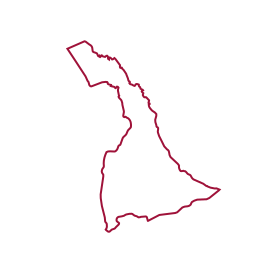 Extrême-Nord, Natural Earth projection, rotated 337°
{"feature_id": "CMR-1462", "entity_name": "Extrême-Nord", "entity_type": "Province", "adm_level": 1, "iso_a3": "CMR", "parent_name": "Cameroon", "parent_adm1": "", "projection": "natural_earth1", "projection_center": [14.611, 11.501], "detail": "fine", "context": "isolated", "style": "outline", "palette": "rose", "viewbox_px": 256, "rotation_deg": 337, "n_neighbors": 0, "source": "natural_earth", "source_scale": "10m", "svg_char_len": 4179}
<svg xmlns="http://www.w3.org/2000/svg" viewBox="0 0 256 256"><g transform="rotate(337 128 128)"><path d="M125.1,36.1L125.9,37.2L126.3,38.1L126.5,39.1L126.4,40.3L125.6,43.1L125.5,43.9L126.1,44.8L127.7,46.2L128.6,47.3L128.6,49.6L128.7,50.2L128.9,50.5L129.3,50.5L129.7,50.3L129.7,50.9L129.8,51.5L130.0,51.8L130.5,51.7L131.5,50.8L131.9,50.7L132.3,50.9L132.4,51.2L132.4,51.6L132.6,52.0L133.5,52.7L133.8,53.0L134.7,53.6L136.3,53.1L137.1,53.4L137.4,54.5L136.7,56.5L137.3,57.5L138.1,56.0L138.4,55.8L138.8,56.0L139.3,56.5L139.6,57.1L139.8,57.7L140.2,58.7L141.1,58.8L142.8,58.3L143.4,59.6L145.2,67.1L145.0,67.4L144.5,68.4L144.4,68.8L144.4,69.5L144.5,69.6L145.2,70.1L145.1,69.8L145.3,69.7L145.6,69.9L145.9,70.1L145.9,70.3L145.9,71.0L145.9,71.3L146.6,72.8L147.5,77.4L147.4,78.0L147.3,82.2L147.2,83.0L147.0,84.0L147.0,84.8L147.1,85.2L147.4,85.5L147.6,85.8L147.7,86.4L147.5,86.8L147.1,86.9L146.8,87.2L147.0,88.1L147.2,88.5L148.6,89.6L149.7,91.1L150.5,91.8L151.1,91.7L152.0,90.9L152.9,90.8L153.9,91.3L154.9,92.3L154.7,92.7L154.5,93.3L154.5,94.1L154.7,94.6L155.1,95.1L155.1,95.5L155.0,96.0L154.9,96.7L155.5,97.6L156.4,98.5L156.6,99.2L155.1,99.5L154.9,99.8L155.0,100.4L155.2,101.0L155.4,101.3L155.7,101.9L155.3,102.5L154.8,103.0L154.5,103.5L154.6,105.0L155.0,106.0L155.6,106.4L156.5,106.6L156.9,107.2L158.2,110.8L157.9,111.4L157.0,112.3L156.7,112.9L156.8,113.2L157.4,113.8L157.4,114.2L157.2,114.5L156.9,114.5L156.5,114.5L156.3,114.5L155.9,115.8L155.8,117.0L156.0,118.3L156.8,121.0L157.4,122.1L158.8,124.2L159.5,126.2L158.8,127.9L156.3,131.0L155.9,132.1L155.5,133.3L155.2,136.4L154.9,137.4L154.9,138.1L155.1,138.5L155.4,138.8L155.6,139.1L155.7,139.8L155.3,140.8L154.1,142.8L153.8,143.8L153.5,147.6L153.9,153.8L154.2,159.1L155.6,163.0L156.2,163.9L156.5,165.0L156.3,166.5L155.7,169.1L155.8,171.4L159.8,180.4L160.2,181.8L160.2,182.8L159.6,183.9L159.3,185.4L159.3,186.9L159.6,188.1L160.0,188.4L160.4,188.6L161.0,188.8L161.6,188.9L162.2,189.0L162.5,189.3L162.8,189.6L163.8,190.2L164.3,191.2L165.0,193.5L165.8,194.5L166.5,195.1L167.0,195.9L167.2,197.1L167.3,198.6L167.7,199.9L168.2,200.9L175.5,208.7L177.4,211.9L178.2,212.4L178.2,212.7L180.6,215.1L184.1,217.5L185.9,218.2L188.2,220.5L187.3,220.9L175.5,224.2L172.5,224.3L163.7,221.0L160.6,220.8L158.1,221.1L157.7,221.3L157.1,221.7L156.1,222.7L155.6,223.1L154.1,223.5L152.5,223.4L149.4,222.5L147.0,222.4L140.4,224.8L138.3,224.7L122.9,220.3L110.1,221.3L110.0,221.1L110.5,217.4L109.9,216.4L105.1,214.8L104.2,214.8L102.7,214.3L101.6,212.7L99.9,211.3L99.7,211.1L98.4,208.8L97.7,208.3L95.9,207.6L93.1,207.0L92.0,206.9L89.9,207.2L87.8,206.9L84.5,206.1L83.7,206.2L82.9,206.5L82.0,207.3L81.6,208.0L81.3,208.8L81.3,209.4L81.6,210.1L82.4,211.5L82.6,212.1L82.3,212.7L81.7,213.2L78.3,214.5L77.1,215.1L76.3,215.4L75.3,215.3L73.3,215.2L70.8,216.1L70.1,216.1L69.5,215.8L69.0,215.3L67.9,213.2L67.8,212.8L68.3,212.5L69.4,211.5L70.0,210.6L70.8,208.5L71.0,207.7L70.9,207.0L70.5,205.8L70.5,205.0L71.7,201.2L73.5,189.6L75.5,181.9L76.9,178.4L86.3,163.0L86.6,162.3L87.0,161.3L86.6,159.0L86.9,157.7L87.5,156.7L88.3,155.8L90.3,154.5L90.9,153.6L91.8,151.1L93.1,148.5L94.8,146.0L96.8,143.7L98.8,141.8L100.5,141.8L102.5,142.5L106.2,144.3L107.3,144.5L108.5,144.1L109.6,143.5L110.5,142.7L112.0,141.0L112.6,140.6L114.0,140.5L114.5,140.3L119.1,135.3L120.1,134.6L123.2,133.5L124.3,132.8L126.3,130.8L127.4,130.0L130.1,128.9L131.0,128.3L131.6,127.2L132.2,125.7L132.6,124.2L132.8,122.9L132.7,121.4L132.4,120.2L131.9,119.1L131.0,118.1L130.7,117.7L130.5,117.3L130.3,116.9L129.9,116.6L129.0,116.6L128.8,116.5L128.3,115.8L128.3,115.3L128.5,114.7L130.4,111.8L130.8,110.8L131.9,104.5L132.5,102.6L132.7,100.5L132.7,100.1L132.6,99.4L131.6,96.8L131.5,95.6L132.5,94.9L132.4,94.3L133.3,89.9L133.6,89.1L133.8,88.8L134.0,88.4L135.0,87.2L134.9,86.6L134.6,86.0L134.0,85.6L133.6,85.8L132.9,86.2L132.2,86.5L131.9,86.2L131.5,84.9L130.7,84.2L129.6,83.5L128.6,82.7L129.1,82.3L129.3,82.2L129.3,81.8L128.8,81.5L127.2,80.2L126.8,79.7L126.7,79.2L127.0,78.3L126.8,77.6L125.4,76.8L122.0,75.8L111.2,75.4L110.4,75.3L109.7,74.8L109.3,73.8L109.2,73.1L109.5,71.2L109.6,70.1L109.3,69.1L109.2,68.8L109.1,64.0L106.2,47.7L103.2,31.4L121.8,31.2L122.7,31.9L125.1,36.1Z" fill="none" stroke="#9f1239" stroke-width="2"/></g></svg>